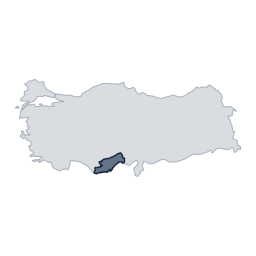 where Mersin sits in Turkey
{"feature_id": "TUR-2285", "entity_name": "Mersin", "entity_type": "Province", "adm_level": 1, "iso_a3": "TUR", "parent_name": "Turkey", "parent_adm1": "", "projection": "orthographic", "projection_center": [33.75, 36.714], "detail": "fine", "context": "in_parent", "style": "filled", "palette": "slate", "viewbox_px": 256, "rotation_deg": 0, "n_neighbors": 0, "source": "natural_earth", "source_scale": "10m", "svg_char_len": 5763}
<svg xmlns="http://www.w3.org/2000/svg" viewBox="0 0 256 256"><path d="M196.2,87.2L199.8,88.2L200.9,87.2L204.1,87.0L207.0,87.5L208.4,85.2L210.4,85.3L210.9,86.3L211.9,86.6L215.1,89.0L214.8,89.4L215.7,90.3L218.3,90.7L218.7,92.0L220.9,93.9L222.3,96.9L221.9,99.1L221.0,100.6L223.1,105.2L222.7,105.9L226.0,107.1L229.9,106.4L231.3,106.9L235.5,110.2L236.6,111.5L233.8,110.1L232.5,111.8L232.2,115.5L228.0,116.7L228.9,119.0L230.2,120.0L230.1,122.3L230.5,123.1L231.8,124.5L231.9,126.5L232.6,128.6L232.9,131.2L234.8,131.8L234.1,133.1L232.7,138.5L232.9,138.9L234.2,138.9L237.5,141.0L237.1,141.8L237.8,145.1L240.6,147.0L240.3,148.2L240.6,149.3L238.6,149.0L235.1,152.4L234.7,152.4L234.0,151.4L233.6,148.4L232.6,147.8L231.4,147.7L229.4,149.3L227.5,149.4L225.6,149.4L220.4,148.0L218.6,148.9L216.6,148.3L213.1,152.3L212.0,152.7L211.3,151.0L209.9,150.1L208.3,151.6L202.0,153.9L199.0,154.4L195.3,154.1L192.3,154.5L184.3,159.2L176.4,161.9L169.3,162.1L165.3,159.7L162.2,159.3L153.2,163.6L148.8,163.6L147.2,162.1L143.7,161.5L143.0,163.1L142.4,166.8L143.7,170.1L141.8,170.4L140.6,171.1L140.3,173.7L138.6,174.7L138.0,176.3L137.7,176.4L134.8,175.1L135.5,173.9L133.6,169.2L134.5,167.7L138.1,163.8L138.0,161.6L136.3,160.1L131.7,163.0L131.3,164.1L130.2,164.9L128.5,165.3L120.1,161.8L115.2,165.0L111.0,169.7L107.8,171.4L98.5,172.7L96.8,173.6L93.7,172.6L91.8,171.3L87.5,165.9L79.5,161.7L70.9,160.5L70.2,161.5L69.7,165.6L68.2,169.4L67.5,169.8L65.7,168.7L59.0,170.8L53.4,168.0L52.5,166.8L51.4,162.3L50.6,161.9L49.7,162.5L48.7,162.4L44.8,160.3L42.7,160.0L41.2,161.8L39.1,162.5L39.0,162.0L39.9,160.8L36.6,160.8L34.7,161.6L32.3,160.9L32.5,160.4L34.5,159.9L39.1,159.5L42.1,156.7L31.4,156.2L30.3,156.8L30.2,155.2L30.9,154.5L33.7,154.1L33.6,152.8L32.0,151.3L30.2,150.5L29.6,147.2L28.7,146.3L28.8,145.9L30.6,145.4L31.1,143.1L31.0,141.6L27.6,140.1L26.9,140.2L26.1,138.8L24.7,137.8L23.5,138.5L20.2,136.3L20.9,134.9L21.8,135.0L22.0,133.9L21.5,132.1L21.6,131.1L22.4,130.9L23.2,131.2L24.0,132.3L23.9,134.4L24.8,135.7L25.5,134.5L27.0,135.3L29.9,134.9L30.4,134.4L28.4,134.3L27.7,133.7L26.2,130.2L28.0,129.3L29.4,127.7L27.1,126.4L27.8,124.1L26.0,121.3L28.9,118.1L28.8,117.6L28.0,117.4L19.6,118.2L19.6,116.6L20.3,115.4L20.5,112.1L21.0,110.4L22.6,110.0L24.7,107.5L27.9,104.7L31.1,105.0L32.4,104.2L34.2,104.3L34.7,105.5L36.3,106.5L39.2,106.5L40.6,105.8L39.4,104.2L41.1,103.9L42.4,104.3L41.5,105.9L41.9,106.1L45.7,105.8L49.6,106.4L53.9,106.4L54.5,106.0L51.5,104.1L53.6,102.8L54.7,102.6L63.8,101.6L63.9,101.3L58.4,100.3L55.6,98.2L54.9,97.2L55.6,94.6L56.2,94.0L58.2,94.0L64.9,95.4L69.8,94.9L75.0,96.8L80.1,96.6L81.2,95.9L82.5,93.5L89.7,89.5L92.2,87.5L103.3,83.4L119.8,84.1L122.6,82.5L124.3,83.0L123.9,84.1L124.0,85.0L126.0,87.5L129.0,88.8L133.0,87.6L134.5,88.0L136.1,91.8L138.7,94.0L139.9,94.2L141.4,92.8L142.9,92.6L145.4,93.8L146.3,95.2L154.3,96.4L156.0,97.5L161.4,98.5L173.1,95.1L177.6,96.7L181.3,97.0L182.8,96.6L187.4,94.1L188.8,92.8L191.7,91.5L195.2,88.7L196.2,87.2ZM44.1,82.1L43.7,83.7L44.3,85.7L45.8,88.4L47.4,89.8L55.2,93.8L53.9,97.1L51.8,97.5L45.0,95.5L42.1,96.7L40.1,96.2L37.3,96.7L36.3,98.6L34.2,100.8L28.4,103.2L22.9,108.5L21.4,109.1L22.2,107.3L22.3,105.6L24.7,103.8L27.9,102.5L28.8,101.3L21.0,101.0L20.4,99.2L21.2,98.9L24.0,96.0L24.4,94.8L24.3,91.7L27.6,90.2L27.9,89.5L27.6,86.5L24.9,84.5L25.0,83.7L27.1,83.1L28.5,81.1L31.5,80.9L33.0,80.0L35.6,79.6L38.7,82.4L42.6,81.7L44.1,82.1ZM18.8,108.0L16.1,108.2L15.4,107.7L16.3,106.9L18.4,106.4L18.9,107.4L18.8,108.0Z" fill="#d9dde1" stroke="#a8b0b8" stroke-width="1"/><path d="M122.9,163.1L122.6,163.1L122.6,162.9L122.4,162.8L121.9,162.3L120.9,161.8L120.5,161.7L119.9,161.8L119.1,162.2L118.8,162.3L118.6,162.3L118.3,162.5L118.2,162.6L118.1,162.9L117.7,163.1L116.6,164.1L115.3,165.0L114.9,165.3L113.9,166.6L113.8,166.9L113.7,167.0L113.4,167.2L112.9,167.7L112.5,167.9L112.5,168.3L112.5,168.8L112.5,169.2L112.3,169.4L111.9,169.5L111.6,169.6L111.4,169.9L111.5,169.9L111.3,170.3L111.2,170.4L111.2,170.7L111.1,170.8L110.9,170.9L111.0,170.6L110.9,170.2L110.7,169.8L110.5,169.6L110.3,169.6L110.1,169.5L110.0,169.4L109.8,169.6L109.6,169.9L109.5,170.1L109.3,170.1L109.3,170.4L109.1,170.7L109.0,170.8L108.9,170.8L108.4,171.0L108.0,171.4L107.9,171.6L107.8,172.0L107.7,172.0L107.4,171.5L107.4,171.3L107.1,171.3L106.9,171.4L106.6,171.6L106.4,172.0L106.1,172.2L105.8,172.2L106.0,172.1L105.7,172.0L105.2,171.8L104.7,171.8L104.3,172.1L104.1,172.1L103.6,171.9L103.4,171.9L103.1,172.2L102.9,172.2L102.3,172.2L102.0,172.3L101.8,172.3L101.7,172.3L101.4,172.1L101.0,172.2L100.8,172.4L100.7,172.6L100.6,172.8L100.4,172.9L100.2,172.8L99.7,172.8L98.9,172.6L98.6,172.6L97.8,173.0L97.7,173.0L96.9,173.7L96.4,173.7L95.3,173.4L94.9,173.2L94.1,172.7L94.4,172.3L94.4,171.9L94.5,171.5L94.7,171.1L94.9,170.8L95.1,170.0L95.0,168.4L95.2,167.5L96.0,167.4L96.7,167.6L97.5,167.6L98.2,167.3L98.9,167.1L99.6,167.1L100.0,167.1L100.3,166.8L100.5,166.3L100.7,165.8L100.8,165.7L101.0,165.7L101.4,165.9L101.9,166.1L102.2,165.7L101.9,165.2L101.4,164.8L100.7,164.6L100.5,164.4L100.3,164.1L100.0,164.0L99.8,163.6L99.7,163.1L99.5,162.8L99.2,162.5L99.2,162.0L99.6,161.9L99.8,161.8L100.4,161.5L100.7,161.3L100.9,161.4L100.9,161.5L101.0,161.7L101.5,161.9L101.7,161.4L101.9,160.7L102.3,160.3L102.7,160.1L103.1,159.8L103.5,159.5L104.0,159.2L104.5,159.1L106.0,158.9L106.9,158.6L107.9,158.5L108.4,158.6L108.7,158.6L109.1,158.3L110.0,158.2L111.1,157.3L111.6,157.1L112.5,157.0L113.3,156.7L113.7,156.2L114.1,156.0L115.1,155.6L115.8,155.3L116.3,154.8L116.7,154.6L117.3,154.3L117.5,154.2L117.7,153.7L118.6,153.7L119.0,153.5L119.4,153.3L120.2,152.9L121.0,153.1L121.4,154.0L121.9,154.8L122.5,155.3L122.5,156.8L122.8,157.7L123.4,158.1L124.1,158.1L124.6,158.5L124.3,159.5L124.3,160.3L124.5,161.2L124.5,161.6L124.5,162.0L124.0,162.5L123.5,162.6L122.9,163.1L122.9,163.1Z" fill="#64748b" stroke="#1e293b" stroke-width="1.5"/></svg>